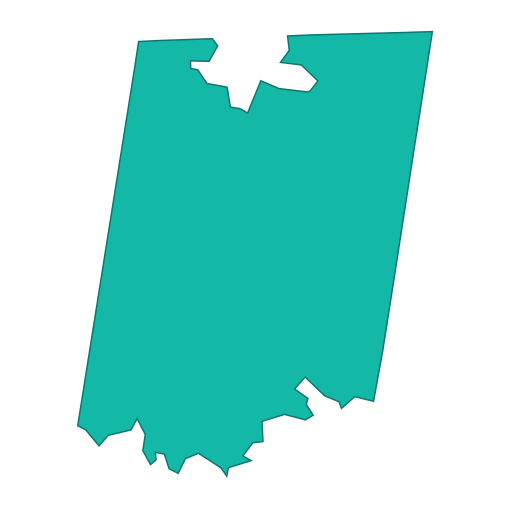 Pittsylvania, Virginia, United States of America, rotated 178°
{"feature_id": "52423323B30264122776798", "entity_name": "Pittsylvania", "entity_type": "district", "adm_level": 2, "iso_a3": "USA", "parent_name": "United States of America", "parent_adm1": "Virginia", "projection": "natural_earth1", "projection_center": [-79.393, 36.839], "detail": "fine", "context": "isolated", "style": "filled", "palette": "teal", "viewbox_px": 512, "rotation_deg": 178, "n_neighbors": 0, "source": "geoboundaries", "source_scale": "gbopen_adm2", "svg_char_len": 1004}
<svg xmlns="http://www.w3.org/2000/svg" viewBox="0 0 512 512"><g transform="rotate(178 256 256)"><path d="M292.0,474.7L347.2,474.7L365.8,474.4L371.3,445.3L401.4,291.1L440.1,92.6L432.3,88.3L419.5,71.7L409.8,82.0L386.9,86.6L380.5,97.6L372.9,81.5L375.9,65.5L368.7,51.2L363.0,55.8L363.4,63.3L354.5,61.2L350.3,46.5L341.4,41.5L333.5,56.1L320.2,60.8L298.4,45.5L292.9,37.0L291.0,45.4L268.0,51.7L276.2,56.6L265.6,69.5L255.5,70.3L255.8,90.6L233.0,96.7L212.3,90.5L204.4,94.9L210.9,105.8L209.1,111.8L222.1,121.8L211.1,133.3L192.3,113.9L178.2,107.5L175.9,100.7L162.2,112.0L143.6,106.7L132.8,156.1L116.0,243.3L92.1,368.8L87.0,394.8L86.4,398.1L71.9,474.1L100.0,474.2L100.3,474.2L191.0,475.0L192.8,475.0L216.8,474.8L215.6,460.4L224.8,448.6L204.1,445.4L188.0,428.8L196.1,419.2L198.5,418.1L227.1,422.5L245.2,431.0L246.0,428.9L259.4,399.1L266.7,403.8L276.4,405.7L279.0,425.7L299.1,430.2L307.8,444.2L314.7,445.6L314.7,453.3L296.1,452.2L287.0,467.3L292.0,474.7Z" fill="#14b8a6" stroke="#0f766e" stroke-width="1.5"/></g></svg>